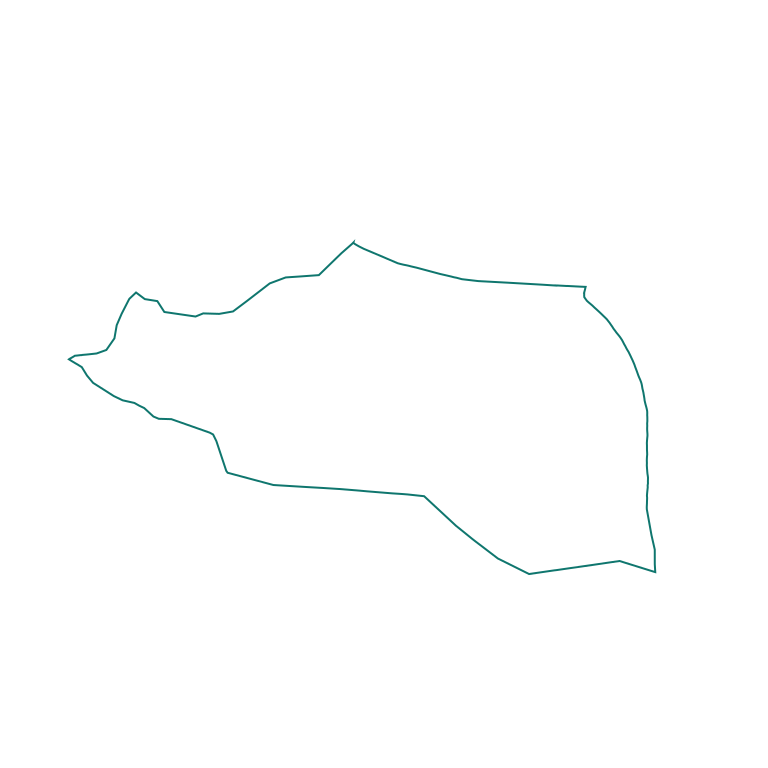 the district of Ash Sharyah, Al Bayda', Yemen, rotated 105°
{"feature_id": "15242507B68116415632307", "entity_name": "Ash Sharyah", "entity_type": "district", "adm_level": 2, "iso_a3": "YEM", "parent_name": "Yemen", "parent_adm1": "Al Bayda'", "projection": "equal_earth", "projection_center": [45.055, 14.284], "detail": "fine", "context": "isolated", "style": "outline", "palette": "teal", "viewbox_px": 768, "rotation_deg": 105, "n_neighbors": 0, "source": "geoboundaries", "source_scale": "gbopen_adm2", "svg_char_len": 3323}
<svg xmlns="http://www.w3.org/2000/svg" viewBox="0 0 768 768"><g transform="rotate(105 384 384)"><path d="M509.1,513.4L510.2,512.1L510.2,484.8L510.2,464.7L503.5,431.8L500.2,415.9L497.1,400.5L496.9,399.6L493.4,380.4L492.0,372.3L489.5,358.6L487.5,347.7L485.7,338.7L484.6,332.8L482.0,316.2L502.3,277.8L510.1,260.2L510.6,259.1L512.3,255.1L518.7,239.5L523.1,228.8L530.0,194.7L519.9,171.2L519.2,169.4L515.2,160.1L513.7,156.6L504.7,135.5L494.0,110.7L495.0,86.2L495.5,73.7L495.5,73.3L488.0,75.8L473.9,79.6L460.8,86.5L437.0,97.7L435.0,98.3L433.2,98.7L431.3,99.1L429.3,99.6L427.5,100.0L425.8,100.4L423.9,101.1L421.8,101.5L419.5,101.9L417.6,102.2L415.6,102.5L413.7,103.1L411.7,103.3L409.7,103.9L408.0,104.3L406.0,104.8L404.3,105.5L402.5,106.3L400.6,107.0L398.3,107.8L398.1,107.9L396.3,108.5L394.5,109.1L392.3,109.6L390.0,110.3L387.9,110.8L386.0,111.2L384.1,111.5L381.8,112.2L379.7,112.9L378.6,113.2L377.5,113.5L375.3,114.1L373.0,114.8L370.6,115.3L367.8,115.8L365.9,116.1L364.1,116.6L361.8,117.4L360.0,118.0L358.1,118.5L356.3,118.9L354.0,119.6L351.8,120.0L349.6,120.6L347.8,121.1L346.0,121.7L343.9,122.2L342.0,122.8L340.0,123.8L338.2,124.8L336.2,126.0L334.2,127.1L332.5,128.0L330.7,128.7L328.9,129.5L327.2,130.3L325.2,131.2L323.3,132.2L321.5,133.2L319.5,134.1L317.6,135.0L316.9,135.4L315.9,136.0L313.4,137.8L311.7,139.2L310.0,140.5L308.4,141.6L306.5,142.9L304.4,144.4L302.6,145.7L302.0,146.1L300.5,147.1L298.7,148.5L296.8,150.0L294.7,151.8L292.9,153.3L291.3,154.7L289.7,156.1L288.3,157.6L286.8,159.1L285.1,160.6L283.2,162.5L281.4,164.1L279.9,165.5L278.6,167.0L278.3,167.3L277.0,168.9L275.4,171.1L274.2,172.8L272.8,174.5L271.1,176.7L269.5,178.4L268.0,180.2L266.6,181.8L265.1,183.8L264.2,185.0L263.8,185.5L263.3,186.4L262.7,187.4L261.5,189.6L260.2,191.9L259.0,194.1L257.9,196.2L256.8,198.3L255.8,200.3L254.3,203.0L253.3,205.1L252.2,207.5L251.1,209.6L249.8,211.2L248.3,213.0L246.6,213.6L246.1,213.7L244.6,214.1L244.1,214.2L244.1,214.3L243.0,214.3L240.8,214.3L238.3,214.4L238.0,214.4L238.9,218.4L241.9,232.5L242.0,232.7L242.8,236.5L244.0,242.2L244.4,243.9L244.5,243.8L247.1,256.8L253.8,289.2L260.2,319.6L262.6,335.9L262.6,338.3L262.6,341.4L262.8,344.1L262.8,346.8L262.9,350.0L263.0,353.0L263.1,355.5L263.2,358.2L263.2,360.7L263.2,363.6L263.2,366.7L263.2,369.1L263.2,372.2L263.2,374.9L263.2,377.8L263.2,380.2L263.2,382.7L263.3,385.3L263.4,388.4L263.4,390.7L263.5,393.0L263.7,395.7L263.8,398.9L263.8,401.7L263.8,402.0L262.1,414.0L261.7,416.6L258.7,438.3L258.2,440.7L257.6,443.6L257.0,445.9L256.4,448.1L255.6,450.2L255.3,450.2L256.9,451.1L268.7,459.0L275.2,462.9L295.7,475.1L302.2,493.9L306.5,506.5L307.2,507.5L312.7,515.2L316.4,520.4L339.2,537.8L353.0,548.6L358.9,561.3L362.6,576.9L367.6,583.5L371.3,614.8L362.6,624.4L363.9,637.0L359.8,647.2L367.6,652.0L369.2,652.4L384.1,655.6L396.4,657.4L409.7,656.2L423.0,661.0L428.9,669.5L432.0,677.5L432.9,679.9L433.5,681.6L434.1,683.2L434.3,683.4L434.7,684.7L435.5,686.7L436.2,688.5L436.7,689.9L437.8,690.9L439.0,692.1L440.0,693.1L441.1,694.2L441.7,694.7L442.6,691.8L443.1,690.1L443.5,688.6L443.8,687.7L444.2,686.1L444.7,684.3L444.9,683.7L445.2,682.7L445.9,680.3L452.7,673.1L458.2,665.3L465.6,641.8L467.4,632.2L466.9,620.2L468.3,614.8L469.3,609.4L475.1,598.3L475.9,592.5L473.0,580.3L476.1,539.8L477.0,536.0L482.6,531.1L508.7,513.9L509.1,513.4Z" fill="none" stroke="#0f766e" stroke-width="2"/></g></svg>